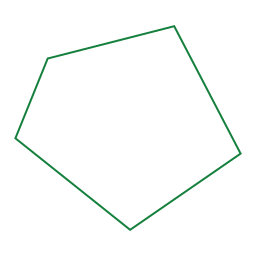 outline of Kagan, Bukhoro, Uzbekistan
{"feature_id": "79887680B8503255979419", "entity_name": "Kagan", "entity_type": "district", "adm_level": 2, "iso_a3": "UZB", "parent_name": "Uzbekistan", "parent_adm1": "Bukhoro", "projection": "natural_earth1", "projection_center": [64.547, 39.674], "detail": "fine", "context": "isolated", "style": "outline", "palette": "green", "viewbox_px": 256, "rotation_deg": 0, "n_neighbors": 0, "source": "geoboundaries", "source_scale": "gbopen_adm2", "svg_char_len": 195}
<svg xmlns="http://www.w3.org/2000/svg" viewBox="0 0 256 256"><path d="M240.6,153.6L174.2,26.2L47.7,58.5L15.4,138.3L130.1,229.8L240.6,153.6Z" fill="none" stroke="#15803d" stroke-width="2"/></svg>